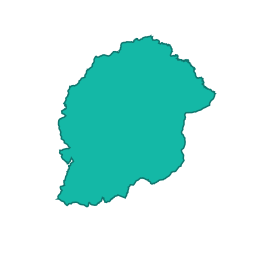 the district of Retiro, Antioquia, Colombia, rotated 201°
{"feature_id": "7082276B46774973153529", "entity_name": "Retiro", "entity_type": "district", "adm_level": 2, "iso_a3": "COL", "parent_name": "Colombia", "parent_adm1": "Antioquia", "projection": "orthographic", "projection_center": [-75.514, 6.06], "detail": "fine", "context": "isolated", "style": "filled", "palette": "teal", "viewbox_px": 256, "rotation_deg": 201, "n_neighbors": 0, "source": "geoboundaries", "source_scale": "gbopen_adm2", "svg_char_len": 5835}
<svg xmlns="http://www.w3.org/2000/svg" viewBox="0 0 256 256"><g transform="rotate(201 128 128)"><path d="M87.8,208.0L88.4,207.5L89.5,208.4L90.8,208.5L91.2,209.0L91.8,208.8L92.4,210.0L93.6,210.3L93.8,211.0L95.4,210.8L95.7,211.2L95.4,212.2L95.9,212.4L96.4,213.1L97.1,212.7L97.3,211.5L97.9,211.4L98.4,212.4L99.1,211.9L99.2,211.3L100.0,211.2L100.0,210.9L99.5,210.4L99.7,210.1L101.1,210.5L102.0,210.2L102.1,210.8L102.4,210.9L103.7,210.4L104.3,210.5L104.7,209.7L105.1,209.9L105.9,209.5L106.3,210.4L106.9,210.4L106.3,210.9L107.2,211.9L107.1,213.0L107.7,213.1L108.0,213.6L108.8,213.0L109.1,213.5L109.8,213.4L109.9,213.0L109.5,212.4L109.7,212.2L110.7,211.8L111.2,212.0L113.5,210.5L114.5,211.2L114.6,213.4L114.4,214.1L114.7,214.8L114.3,215.4L114.7,215.5L115.2,217.3L115.4,217.6L116.0,217.6L116.8,218.9L117.8,219.7L118.6,219.9L118.7,220.4L120.2,220.4L120.0,219.6L120.2,219.2L121.2,219.7L121.8,219.7L122.3,220.2L123.6,219.5L124.8,219.7L125.3,219.0L126.7,219.8L127.3,219.4L127.7,218.2L129.5,218.2L129.3,218.6L129.7,218.8L129.7,219.8L130.6,220.6L132.9,220.7L134.3,219.6L136.4,219.0L136.9,219.8L137.8,220.3L137.9,221.7L138.2,221.4L138.5,221.4L139.4,221.6L139.7,222.1L139.9,221.6L142.2,220.3L142.6,219.7L144.0,219.4L146.0,217.8L146.6,217.1L146.7,216.1L147.7,215.7L148.8,213.9L149.7,213.8L150.8,214.0L151.2,214.7L152.2,214.4L152.2,213.8L153.0,213.4L153.0,212.9L153.8,211.9L153.5,210.8L153.9,210.0L154.6,209.6L155.4,209.8L156.4,209.2L160.0,208.0L160.4,207.7L160.5,207.2L163.0,206.1L164.1,205.0L164.3,204.7L164.3,202.8L163.6,201.2L163.7,199.9L163.1,198.8L164.0,197.0L163.6,196.0L163.9,194.9L164.9,194.8L165.2,195.2L165.4,194.9L166.9,194.8L168.9,194.0L169.1,193.0L170.0,191.3L170.0,190.9L170.6,189.5L172.1,188.1L176.5,187.7L177.8,187.0L178.8,185.6L179.5,185.4L180.5,183.9L182.2,183.0L183.1,183.5L183.8,183.1L184.2,180.8L184.2,179.7L183.4,178.0L183.6,176.1L184.0,175.5L184.0,173.8L183.5,173.2L183.5,172.4L185.6,169.2L185.6,168.5L186.0,168.1L186.8,168.1L186.6,167.5L187.1,166.5L186.4,163.8L187.0,162.9L187.0,161.6L186.4,159.9L189.2,157.8L189.6,155.5L190.5,154.4L190.0,152.5L190.4,152.1L191.4,149.8L192.2,149.3L192.9,148.2L194.0,148.1L195.5,147.3L196.4,145.8L196.8,146.1L197.2,146.0L196.6,143.2L197.3,141.8L197.3,140.9L196.4,140.2L195.6,138.0L196.0,137.3L195.7,136.1L196.7,133.6L195.9,132.1L196.3,128.7L196.7,128.0L196.1,127.6L194.8,127.6L195.1,127.0L195.0,126.2L194.5,126.0L194.2,126.4L193.5,126.3L192.8,124.2L193.3,123.1L193.6,122.8L194.0,123.0L194.3,122.2L196.0,120.1L194.8,118.0L192.6,118.0L190.5,117.1L191.4,115.2L193.2,113.8L193.8,112.7L194.5,112.5L195.3,110.5L195.0,108.8L194.1,106.3L193.7,105.7L192.6,104.8L192.4,103.4L191.8,102.4L190.8,101.8L189.2,100.0L188.8,97.8L188.2,97.0L186.9,96.1L186.4,94.0L183.9,93.6L182.8,92.9L182.2,91.4L179.1,91.0L178.0,90.5L176.7,89.3L175.2,88.9L175.9,87.5L177.7,86.9L181.0,84.6L181.4,83.6L183.6,82.7L183.2,82.2L183.0,80.6L182.5,80.0L181.9,79.7L179.9,79.7L179.7,79.0L180.0,77.7L179.4,76.9L177.7,75.6L176.3,75.3L173.4,74.1L173.0,74.5L171.8,72.9L170.8,73.6L170.7,75.4L170.0,76.5L170.3,78.3L169.8,78.8L170.0,79.7L167.9,78.3L166.9,77.2L168.7,74.4L168.8,74.0L168.3,72.9L168.4,72.2L169.4,71.9L169.8,71.5L169.5,70.7L168.9,70.6L168.2,68.8L168.9,68.1L168.6,66.2L169.2,65.5L168.6,65.0L168.7,63.7L168.3,62.7L168.7,60.5L168.1,56.6L168.8,56.1L168.9,55.8L168.5,55.4L168.6,55.1L168.1,53.9L167.4,53.1L167.3,52.1L166.8,51.8L168.5,50.1L170.0,49.2L169.9,48.3L169.0,47.0L168.5,46.5L167.4,46.3L167.2,46.0L167.8,44.6L167.6,42.7L168.7,40.3L168.8,38.8L167.7,37.2L168.2,36.6L167.4,36.9L165.6,36.7L164.1,36.1L161.8,36.2L160.4,35.7L160.1,35.1L159.3,34.6L158.7,34.6L158.3,34.2L157.1,33.9L156.3,35.3L156.2,36.0L155.0,36.7L153.9,36.8L153.2,38.5L152.6,38.9L151.7,39.1L151.0,39.7L149.1,40.3L147.7,40.3L146.1,39.7L144.9,39.9L144.7,39.7L141.5,40.5L138.6,39.8L138.4,40.1L137.6,40.2L137.4,40.5L137.3,42.2L137.7,43.1L137.7,44.4L137.3,44.6L135.7,43.6L134.5,43.4L131.4,44.0L130.0,44.7L129.6,45.3L129.5,46.1L128.9,47.4L128.3,47.4L128.2,48.3L126.7,50.3L126.9,53.0L126.7,53.1L126.9,54.0L125.4,53.8L125.2,52.9L124.5,52.1L123.6,51.7L123.1,50.6L121.3,50.9L120.8,52.1L119.2,52.6L118.4,54.0L118.6,55.0L118.1,55.4L117.9,56.2L117.2,56.4L117.1,57.3L116.1,58.4L116.1,59.3L113.9,60.9L113.5,61.8L105.5,61.8L105.6,63.4L105.2,64.0L105.3,65.3L105.7,66.0L105.3,66.9L105.6,67.3L105.1,67.7L105.1,68.3L105.6,68.9L105.7,71.7L106.5,72.9L105.7,73.8L105.5,75.9L102.6,76.7L102.2,77.7L101.4,81.7L100.0,82.9L98.4,85.8L97.4,86.0L96.3,86.8L95.9,86.4L94.9,86.8L92.6,86.4L91.1,86.5L90.7,86.8L90.6,86.3L90.3,86.0L88.2,85.7L87.4,85.3L87.0,84.5L85.5,84.3L84.7,85.4L83.7,85.4L83.2,86.4L82.0,87.5L81.5,88.5L80.8,89.0L80.7,89.8L79.6,90.9L76.5,92.5L76.1,93.4L75.0,94.3L74.6,95.3L72.4,98.2L71.8,100.0L71.6,102.0L70.4,103.4L68.9,104.0L68.0,104.8L66.5,110.1L64.9,111.5L65.3,112.8L64.1,117.7L65.5,119.4L66.4,122.6L69.2,124.8L70.2,126.4L70.1,127.2L69.0,128.9L68.9,129.8L69.0,133.0L69.7,135.5L71.0,137.7L71.3,139.0L72.3,139.4L74.3,141.5L75.5,141.7L76.5,143.1L76.7,144.3L76.3,146.1L77.0,147.7L77.0,151.3L78.5,155.2L77.9,156.8L78.3,157.6L78.2,158.5L79.5,160.1L79.9,161.1L79.3,163.1L73.7,165.4L71.9,166.9L70.6,167.3L68.9,169.2L66.4,171.1L64.8,173.6L63.6,174.6L61.3,177.3L60.0,178.4L60.7,180.5L60.3,183.1L58.8,185.9L58.7,188.6L59.1,190.7L58.9,191.2L59.3,191.1L59.3,191.4L60.1,191.8L60.3,192.6L60.7,192.3L61.4,192.7L61.8,192.3L63.4,192.6L63.9,193.2L64.9,193.5L65.8,193.0L66.9,193.3L67.9,192.9L68.4,193.5L69.3,193.2L69.5,193.7L70.1,193.6L70.4,194.2L71.0,194.2L71.3,193.8L71.4,194.2L72.1,194.3L72.7,195.3L74.2,195.4L74.4,195.8L73.7,196.3L73.5,196.9L73.8,197.1L73.6,197.8L74.2,198.2L74.5,198.8L75.6,198.6L75.6,199.6L75.9,199.8L75.6,200.7L75.8,200.9L76.4,200.7L77.8,201.5L78.3,200.8L79.4,200.6L80.2,199.6L80.7,199.5L81.0,199.8L81.6,199.5L82.3,199.8L84.0,201.5L84.3,202.4L84.9,203.2L86.8,204.3L86.8,205.2L87.4,205.7L87.4,206.1L86.6,207.1L87.8,208.0Z" fill="#14b8a6" stroke="#0f766e" stroke-width="1.5"/></g></svg>